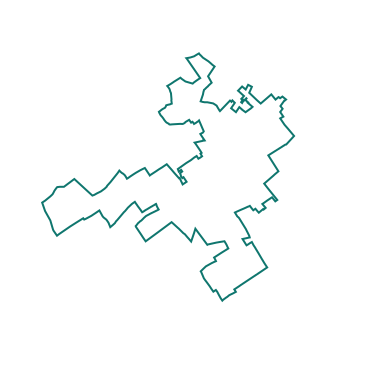 outline of Temax, Yucatán, Mexico, rotated 140°
{"feature_id": "50627088B89338735771017", "entity_name": "Temax", "entity_type": "district", "adm_level": 2, "iso_a3": "MEX", "parent_name": "Mexico", "parent_adm1": "Yucatán", "projection": "mercator", "projection_center": [-88.871, 21.173], "detail": "fine", "context": "isolated", "style": "outline", "palette": "teal", "viewbox_px": 384, "rotation_deg": 140, "n_neighbors": 0, "source": "geoboundaries", "source_scale": "gbopen_adm2", "svg_char_len": 6059}
<svg xmlns="http://www.w3.org/2000/svg" viewBox="0 0 384 384"><g transform="rotate(140 192 192)"><path d="M286.8,278.3L289.7,280.8L292.1,282.4L293.3,282.2L294.2,282.0L296.5,281.4L298.1,280.7L300.2,279.9L301.6,279.8L303.4,279.7L310.1,279.8L313.6,280.2L316.8,271.8L318.8,261.3L322.5,252.8L322.9,251.6L323.5,245.3L321.0,245.2L315.8,244.7L307.5,243.9L300.0,242.9L292.2,241.8L292.3,240.2L290.5,239.7L284.7,238.5L284.1,238.4L282.2,238.2L279.7,237.9L274.8,237.4L276.1,230.9L276.1,229.4L275.4,226.0L275.4,225.3L275.7,222.2L276.6,219.4L277.2,217.6L273.9,217.6L271.1,217.7L269.0,218.4L267.6,218.5L257.2,220.3L255.6,220.4L252.7,220.9L251.2,221.2L249.2,221.3L245.7,221.5L244.4,221.4L242.1,221.2L242.4,218.8L242.4,218.1L242.6,216.3L242.7,215.2L242.7,214.6L242.9,211.3L243.1,209.7L243.2,208.5L242.2,208.3L241.3,208.2L240.5,208.1L239.9,208.1L239.5,208.0L238.6,207.9L237.2,207.6L236.4,207.5L234.4,207.2L234.0,207.1L233.0,207.0L232.6,206.9L232.2,206.8L231.7,206.7L231.3,206.7L229.9,206.4L229.5,206.3L228.3,206.2L227.5,206.1L227.2,206.0L227.4,205.3L227.7,204.6L227.8,204.4L228.0,203.9L228.1,203.5L228.4,202.3L228.5,201.7L228.8,200.0L229.6,200.1L230.0,200.2L231.8,200.7L232.1,200.7L232.4,200.8L232.8,200.9L233.1,201.0L235.6,201.6L236.9,202.0L237.4,202.0L238.3,202.3L238.9,202.4L239.1,202.4L240.5,202.7L240.9,202.8L241.5,202.9L242.1,203.1L242.6,203.1L243.2,203.2L243.7,203.1L245.1,203.1L246.9,202.9L249.2,202.7L250.6,202.9L250.9,202.9L251.7,202.8L253.4,202.8L256.0,202.2L257.0,202.1L257.3,201.6L258.3,192.4L258.8,188.3L259.2,184.0L256.1,183.8L243.7,183.0L227.0,182.0L225.8,173.1L225.7,172.8L225.1,166.0L224.8,165.0L224.6,164.3L224.6,160.9L224.6,160.4L224.5,158.0L224.5,154.6L223.8,155.0L216.7,159.3L213.0,161.7L213.4,155.4L213.6,151.7L213.7,150.1L213.8,148.3L214.2,141.7L213.6,141.6L205.9,137.6L202.8,135.8L198.8,133.4L199.2,130.8L199.5,129.2L199.9,127.9L200.5,125.4L208.3,126.5L213.2,127.1L217.2,127.6L217.6,125.4L218.1,123.6L220.0,124.2L222.8,124.9L229.1,126.1L232.6,125.9L236.3,125.6L236.4,124.7L238.4,118.2L238.6,115.6L238.7,113.4L239.0,108.7L239.4,105.5L239.7,101.9L236.7,101.6L236.8,99.5L237.1,98.0L237.5,96.3L238.3,92.2L238.6,89.3L237.4,89.4L235.5,89.3L234.3,89.2L233.8,89.2L232.5,89.0L229.7,89.0L228.6,88.7L228.1,88.6L227.0,88.3L226.3,88.1L222.6,87.3L222.2,90.2L216.1,89.5L214.7,89.4L190.7,86.7L182.9,85.9L182.3,91.0L181.8,94.1L181.5,96.1L180.4,102.5L179.5,108.4L179.4,108.6L179.1,111.5L178.3,115.2L180.7,115.6L182.9,115.8L184.5,116.1L183.5,123.5L180.3,121.8L177.5,120.4L177.0,120.1L176.3,121.7L175.5,125.0L174.9,127.7L174.6,128.7L172.7,141.6L172.7,142.5L173.0,144.2L172.3,148.7L170.1,148.1L166.9,147.2L165.2,146.7L162.6,145.9L160.1,145.2L158.9,144.9L157.9,144.5L156.6,144.2L156.8,140.2L156.8,138.6L154.2,138.4L154.2,135.6L154.1,133.2L148.4,133.2L148.4,132.5L146.7,132.5L145.8,132.5L145.8,137.6L143.8,137.4L139.6,137.1L137.0,136.8L134.1,136.5L134.2,131.3L131.8,131.1L131.6,142.3L131.5,146.3L131.3,152.0L131.2,152.0L119.1,152.2L117.4,152.3L116.7,152.3L112.5,152.3L110.0,171.0L90.0,168.3L89.3,167.8L77.8,169.3L77.8,179.0L77.9,184.0L77.1,191.7L73.6,191.0L73.0,196.6L69.1,197.5L69.0,201.0L63.2,202.5L63.2,202.4L60.5,202.4L61.4,207.0L64.2,207.2L64.6,208.9L64.7,209.1L68.6,209.1L68.5,215.8L74.4,215.7L82.5,215.6L83.2,220.4L84.4,231.2L78.5,234.1L80.1,238.0L85.0,236.0L85.8,240.6L91.6,240.0L91.4,238.9L90.9,234.9L90.5,232.1L94.4,231.6L94.3,229.9L96.6,229.2L96.4,228.0L95.9,228.2L94.1,228.7L94.2,229.8L93.5,229.9L93.3,228.6L90.1,228.9L90.1,228.6L91.2,228.5L91.2,228.4L92.0,228.4L91.4,224.5L91.9,224.5L90.9,218.3L93.0,218.2L99.7,218.7L100.8,223.3L100.7,223.4L101.2,226.6L107.0,224.9L108.2,231.0L101.9,232.8L102.2,236.2L103.8,235.7L104.1,237.6L118.6,236.0L118.6,236.6L118.2,239.1L117.7,242.1L117.6,242.3L117.9,243.3L118.2,244.3L118.4,244.9L118.8,246.2L119.2,246.7L122.6,250.9L124.7,252.7L125.9,254.1L127.1,255.9L121.0,259.6L118.8,261.4L118.7,261.4L118.5,261.5L117.6,262.2L117.2,262.5L116.2,262.5L115.8,262.5L113.6,262.7L111.8,262.7L111.1,262.9L106.7,263.1L105.3,270.3L94.0,273.6L94.6,276.2L94.9,278.5L95.4,281.5L97.3,287.9L97.4,289.6L97.5,291.0L97.7,292.3L97.6,293.7L100.5,294.2L103.2,294.6L106.8,296.1L110.3,298.1L110.3,297.2L112.5,274.0L115.2,274.3L117.4,274.5L120.4,274.7L121.8,274.6L126.0,280.9L127.2,285.4L127.4,287.0L135.2,288.1L135.6,288.1L139.2,288.5L142.8,289.1L142.8,288.2L142.9,286.5L143.1,285.1L144.0,283.1L144.6,281.2L148.2,276.1L148.9,275.5L150.7,272.7L152.3,273.3L152.6,273.3L154.0,274.1L156.0,275.0L157.2,274.3L158.6,273.9L161.5,274.5L164.8,274.6L165.8,274.7L166.2,273.5L166.4,272.4L166.6,271.6L166.7,270.9L166.6,268.8L166.7,266.8L166.7,266.5L166.8,266.0L166.9,265.6L167.0,263.0L166.9,261.8L166.6,260.8L166.4,260.3L165.9,259.3L166.0,258.6L165.6,257.9L164.5,257.1L164.3,257.0L157.4,251.9L155.4,250.1L154.4,249.8L153.2,249.6L152.0,249.8L147.8,249.1L148.1,245.7L146.5,245.5L146.5,244.1L146.7,242.8L146.0,242.7L144.9,242.5L144.2,242.4L143.3,242.4L142.1,242.2L141.5,242.2L140.6,242.3L141.2,240.3L141.7,238.6L142.9,234.7L144.0,230.9L145.5,230.5L148.3,231.1L148.5,229.8L148.8,227.2L149.2,223.3L149.9,223.7L149.8,224.2L150.2,224.5L151.4,224.5L152.8,225.3L158.2,228.1L158.2,227.9L158.3,226.1L159.1,218.4L159.5,215.8L160.9,215.9L161.3,212.9L163.2,213.0L165.7,213.4L165.3,216.6L168.4,217.0L172.2,217.1L178.0,217.9L185.8,218.5L188.1,218.7L188.5,217.5L189.0,216.2L186.1,215.9L186.3,214.0L189.2,214.0L189.7,212.2L190.2,211.4L190.4,209.7L190.5,208.9L189.0,208.8L189.6,203.3L194.3,203.8L193.7,205.9L193.4,207.2L192.5,210.7L193.1,210.8L193.3,218.0L193.3,221.3L193.3,222.1L193.5,229.5L198.1,230.0L198.6,230.0L199.1,230.1L201.2,230.4L202.5,230.6L205.3,230.9L205.5,230.9L213.0,231.8L213.7,231.8L213.6,232.4L213.0,237.7L212.7,240.7L214.6,241.2L217.6,241.9L219.9,242.3L222.7,242.8L225.0,243.1L227.6,243.4L229.4,243.6L230.8,243.7L232.0,243.8L233.3,244.0L233.0,245.6L232.8,246.9L232.7,248.4L233.1,250.7L233.4,251.3L233.7,252.8L233.9,255.1L236.7,254.3L248.1,252.0L253.1,251.3L253.8,250.9L255.1,250.8L256.8,250.7L261.4,251.0L265.9,252.1L268.7,252.6L270.6,253.3L271.2,257.7L271.8,262.2L273.8,277.6L279.7,277.9L281.4,278.0L286.8,278.3Z" fill="none" stroke="#0f766e" stroke-width="2"/></g></svg>